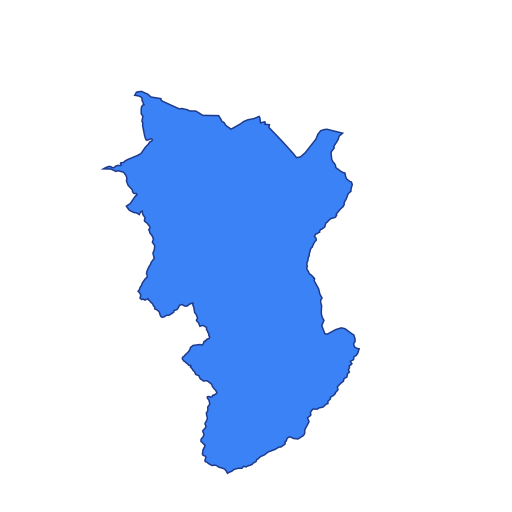 Savarsin, Arad, Romania (Robinson projection), rotated 160°
{"feature_id": "2599482B64767157577380", "entity_name": "Savarsin", "entity_type": "district", "adm_level": 2, "iso_a3": "ROU", "parent_name": "Romania", "parent_adm1": "Arad", "projection": "robinson", "projection_center": [22.304, 46.053], "detail": "fine", "context": "isolated", "style": "filled", "palette": "blue", "viewbox_px": 512, "rotation_deg": 160, "n_neighbors": 0, "source": "geoboundaries", "source_scale": "gbopen_adm2", "svg_char_len": 6089}
<svg xmlns="http://www.w3.org/2000/svg" viewBox="0 0 512 512"><g transform="rotate(160 256 256)"><path d="M369.6,390.1L362.6,387.3L358.7,383.4L356.4,383.3L351.8,380.0L350.7,376.4L350.6,373.7L352.1,370.7L352.0,366.1L349.5,360.1L350.1,358.7L349.4,356.6L347.1,355.6L347.0,354.0L348.0,353.9L349.3,353.3L356.2,348.3L360.8,347.2L359.7,343.1L359.0,341.8L355.6,338.4L354.0,337.7L352.2,335.8L351.6,334.8L349.7,336.6L347.7,337.2L348.1,333.2L347.1,330.1L348.6,327.8L348.8,326.8L347.2,324.3L345.8,320.2L345.8,319.3L346.4,318.2L347.9,317.4L347.5,316.2L347.7,315.3L347.7,313.0L346.8,311.3L346.9,310.8L346.5,309.3L346.7,308.9L346.5,307.2L348.7,304.3L347.6,300.4L349.4,296.7L351.9,293.9L352.4,288.7L356.9,285.7L357.9,284.3L360.0,282.8L363.0,279.8L364.9,277.1L364.7,276.2L365.3,273.5L367.8,272.5L372.1,269.5L373.5,267.7L375.7,266.1L376.9,264.5L378.9,263.1L378.3,262.1L377.6,259.1L378.2,257.6L379.1,256.7L379.4,255.9L378.2,254.1L376.9,254.2L375.4,252.5L372.2,252.9L372.3,252.2L372.0,251.4L371.2,250.5L370.8,248.7L369.5,246.5L369.4,244.4L368.9,243.3L368.8,242.3L369.2,240.9L367.2,239.0L366.1,236.6L366.2,232.2L365.7,231.1L365.1,230.4L362.6,230.3L360.4,230.9L357.7,230.1L353.7,231.0L352.5,231.4L351.9,232.7L348.6,232.7L346.7,233.9L345.6,235.2L344.2,235.8L342.0,235.7L340.3,233.5L338.8,232.7L337.5,232.6L334.9,233.5L330.6,233.4L331.6,232.9L331.9,232.3L332.1,231.4L332.0,229.0L333.0,223.8L332.2,221.6L332.1,217.6L334.0,216.1L334.0,215.6L332.9,213.1L332.7,209.1L331.5,209.2L329.4,208.8L327.7,206.8L327.0,205.4L327.7,203.9L327.2,202.1L327.4,201.2L327.2,200.0L326.8,199.6L327.2,198.0L327.6,197.5L327.2,195.8L328.2,194.6L330.6,194.6L331.0,194.5L331.5,193.7L332.5,193.9L333.0,193.3L334.2,193.4L335.4,191.7L336.8,190.8L337.3,190.8L338.9,192.0L345.8,193.5L349.0,192.4L349.7,191.1L351.3,189.8L353.4,188.5L355.9,187.6L358.1,186.3L359.3,186.1L360.2,185.3L360.4,184.4L359.7,181.9L358.9,181.1L358.8,180.6L357.0,177.6L356.7,176.5L354.7,175.4L354.6,175.0L355.6,174.2L354.6,171.9L354.3,170.0L353.3,168.4L353.2,165.3L350.6,163.1L350.6,161.1L350.3,159.5L349.0,158.0L348.2,156.5L344.6,155.5L341.5,150.6L341.6,148.4L340.7,145.5L339.9,144.0L339.5,141.1L340.0,140.4L341.8,140.0L342.5,139.6L343.2,139.5L343.7,140.0L344.5,139.8L345.1,139.1L346.1,138.7L346.7,138.7L347.5,139.6L348.6,140.2L349.7,140.4L350.1,139.9L350.3,139.1L349.5,136.5L350.1,132.6L353.0,130.6L354.1,127.4L355.3,126.1L356.3,125.6L356.8,123.5L357.0,120.8L357.3,119.9L359.3,117.6L360.8,116.6L361.4,115.6L361.2,113.5L361.8,112.2L365.7,110.0L366.0,109.5L365.9,106.3L366.1,105.9L367.4,104.3L370.0,102.8L370.6,102.0L371.1,100.7L371.0,100.3L370.0,98.6L369.5,97.1L368.9,96.6L368.7,95.5L369.3,95.2L369.5,94.0L371.0,93.2L371.2,92.6L372.4,91.7L372.7,90.5L373.5,89.4L374.2,87.8L373.9,86.9L372.0,85.1L371.8,84.3L374.1,81.1L373.7,79.8L372.6,79.0L371.6,77.2L369.4,74.6L368.8,74.1L365.9,73.5L364.4,72.1L363.0,70.1L360.6,68.5L358.4,66.6L357.5,64.1L357.3,62.2L356.9,61.5L356.2,61.9L352.4,62.0L349.5,63.0L345.4,62.6L342.2,61.5L341.3,61.5L339.8,62.7L337.5,61.2L336.0,61.5L331.1,61.4L329.6,62.3L326.2,62.9L324.8,64.5L323.3,64.7L320.4,66.0L316.2,66.2L311.7,67.7L304.4,67.7L299.9,68.6L297.8,68.0L293.4,69.2L292.6,70.0L292.4,71.5L290.7,71.9L289.7,73.5L287.4,74.7L286.9,74.7L284.9,73.6L283.3,71.8L279.2,69.7L273.1,71.0L271.6,72.0L270.7,73.1L269.7,75.9L262.9,82.1L262.8,83.4L263.0,86.3L259.1,87.6L258.7,88.3L258.3,90.5L255.1,92.7L250.7,91.1L248.9,91.7L244.7,91.1L241.1,92.7L238.8,92.8L238.6,93.9L238.0,94.9L235.1,96.2L234.3,97.8L230.1,98.7L229.5,99.3L228.6,99.5L228.2,100.4L225.0,102.0L224.6,102.6L224.4,104.9L224.0,105.4L220.1,107.3L216.7,108.4L215.3,110.6L212.0,111.2L210.2,114.2L208.0,114.9L208.1,117.4L206.4,119.0L205.9,121.0L203.9,121.3L202.7,122.0L203.4,124.3L203.3,124.8L200.0,125.2L199.5,125.6L198.7,127.5L198.2,127.9L195.7,128.3L193.4,130.1L190.8,133.6L191.9,134.0L194.5,136.7L194.5,138.9L194.1,140.4L192.2,141.7L191.3,144.1L191.1,148.4L192.5,150.1L197.3,157.3L200.4,159.3L206.1,159.6L215.8,158.2L217.9,159.5L218.0,168.1L214.2,172.2L214.7,175.7L214.5,178.8L213.6,181.6L211.3,186.9L211.1,190.4L210.2,192.5L208.3,193.9L209.0,198.3L208.4,203.8L209.8,212.9L208.7,214.5L208.9,215.4L209.4,215.5L209.3,216.3L210.5,219.0L212.1,221.3L212.0,223.2L212.7,226.0L212.2,227.9L211.3,228.6L211.2,230.4L210.7,231.6L209.8,233.1L209.0,233.6L207.2,237.0L206.0,237.9L205.1,239.9L202.4,243.7L201.6,244.5L199.9,245.2L199.6,245.9L196.0,249.3L194.1,250.1L193.6,251.3L193.6,252.5L194.4,254.2L192.5,256.3L191.0,256.1L189.4,256.6L188.1,256.6L187.6,257.8L186.2,258.8L185.0,258.7L181.4,259.8L179.3,262.9L177.5,263.5L174.2,265.2L172.9,265.5L168.7,265.2L167.9,265.4L166.2,266.9L166.4,267.8L160.4,271.4L157.1,272.7L155.7,274.0L154.7,276.2L151.6,278.8L148.8,282.2L147.7,283.2L144.7,284.3L143.7,286.6L141.1,290.2L141.0,292.4L141.2,293.1L142.2,293.7L144.5,297.4L144.6,300.4L144.0,303.3L144.4,303.9L145.6,304.6L147.2,306.4L150.8,311.9L150.3,313.9L150.7,316.4L151.5,318.1L151.8,321.4L151.3,322.7L150.5,326.4L149.5,328.3L145.5,330.8L145.5,332.3L140.0,336.5L138.5,337.9L137.1,340.1L132.6,341.8L145.9,350.8L148.6,351.5L152.4,351.6L156.3,349.2L159.6,345.4L174.4,336.2L180.4,333.9L184.3,334.6L186.3,340.5L192.7,356.1L199.9,372.4L198.5,374.8L202.5,376.7L201.9,377.5L201.8,379.1L206.2,379.6L205.1,384.7L205.3,386.1L210.9,385.8L217.2,386.8L221.6,386.6L225.3,385.5L236.0,383.7L239.7,389.0L240.3,392.1L242.1,394.3L242.2,396.5L243.1,400.7L257.8,406.3L263.0,412.8L268.7,415.0L270.6,417.0L275.5,420.1L277.7,420.4L290.5,433.0L291.9,434.8L291.5,436.4L300.3,441.3L302.3,445.0L307.3,449.8L309.9,450.5L312.3,450.8L315.0,448.5L311.3,446.4L309.6,444.6L309.1,443.0L309.8,441.6L309.9,440.1L309.5,438.9L309.8,437.6L309.5,436.5L310.5,436.6L312.2,435.7L313.3,434.0L314.5,431.0L315.2,428.8L314.5,425.9L317.1,421.7L316.8,419.8L317.9,417.5L319.5,407.4L319.7,404.4L319.4,402.3L318.1,402.0L314.5,402.1L313.7,401.2L313.9,400.2L314.9,399.7L316.9,399.5L318.9,397.9L322.5,396.2L329.1,391.6L333.3,391.0L344.2,390.5L346.8,390.0L348.4,389.2L351.2,389.8L351.7,389.3L351.4,388.1L351.6,387.4L352.9,387.5L354.8,388.4L356.9,388.5L359.2,387.6L360.7,388.2L362.0,389.8L363.8,390.5L366.7,390.5L369.6,390.1Z" fill="#3b82f6" stroke="#1e3a8a" stroke-width="1.5"/></g></svg>